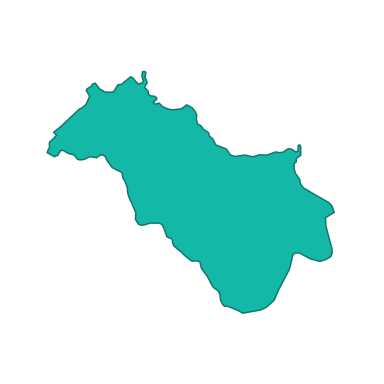 the district of Lattakia, Lattakia, Syria, rotated 102°
{"feature_id": "27442178B94813764709421", "entity_name": "Lattakia", "entity_type": "district", "adm_level": 2, "iso_a3": "SYR", "parent_name": "Syria", "parent_adm1": "Lattakia", "projection": "orthographic", "projection_center": [35.92, 35.7], "detail": "fine", "context": "isolated", "style": "filled", "palette": "teal", "viewbox_px": 384, "rotation_deg": 102, "n_neighbors": 0, "source": "geoboundaries", "source_scale": "gbopen_adm2", "svg_char_len": 4409}
<svg xmlns="http://www.w3.org/2000/svg" viewBox="0 0 384 384"><g transform="rotate(102 192 192)"><path d="M300.0,117.2L293.4,100.9L290.6,97.0L289.5,95.5L283.5,91.1L280.6,89.1L270.4,87.1L259.0,83.9L247.0,80.6L246.8,80.6L246.7,80.6L244.5,80.6L243.5,80.5L239.3,80.4L238.7,80.4L233.2,80.3L231.6,79.6L231.2,79.5L231.2,79.4L230.9,79.1L230.4,78.4L230.0,77.8L229.5,75.1L229.5,74.8L229.3,74.0L232.8,62.3L233.3,52.4L231.0,48.4L230.0,46.7L226.2,42.7L225.4,42.6L224.7,42.5L224.0,42.4L223.2,42.3L222.6,42.2L222.1,42.3L221.2,42.6L220.8,42.7L218.6,43.2L207.8,48.7L205.3,50.0L203.5,50.9L197.1,54.1L195.0,54.6L194.5,54.8L193.5,55.0L189.5,56.1L186.2,52.7L184.4,50.8L184.1,50.5L184.0,50.4L182.4,48.7L180.2,50.0L176.7,52.1L174.1,55.6L172.9,59.1L169.6,69.5L167.9,74.7L164.7,84.2L161.7,87.3L158.6,88.7L158.0,88.9L157.4,89.2L154.8,92.0L152.4,94.5L148.5,96.8L144.0,97.9L143.2,98.1L140.8,96.3L137.7,97.0L133.4,93.3L127.8,94.5L126.2,94.8L125.5,95.0L125.0,95.1L124.6,95.5L124.2,95.9L123.5,96.6L124.7,97.7L129.4,97.0L129.8,97.0L130.2,96.9L131.3,98.9L129.8,102.4L129.4,103.4L129.6,105.6L129.7,106.9L133.5,110.6L134.1,111.1L135.4,114.9L135.4,115.7L135.3,118.2L138.4,123.3L140.4,126.5L141.6,133.9L144.9,139.6L144.9,144.4L144.8,147.8L148.3,157.4L147.7,162.3L146.3,163.7L143.1,167.0L142.9,167.3L142.5,169.0L141.0,178.5L136.4,182.2L135.6,182.9L135.1,183.8L133.7,186.8L130.8,187.9L130.7,188.0L129.7,190.3L129.0,192.0L128.4,193.4L128.0,194.3L125.6,196.6L125.3,197.6L124.3,200.7L120.3,202.8L117.2,203.2L116.3,203.3L116.2,203.3L115.9,203.4L112.7,205.5L111.9,206.5L109.8,209.0L109.0,211.5L107.9,215.2L110.5,217.6L112.8,219.8L113.9,222.7L115.7,228.1L115.8,232.8L114.7,238.4L113.5,240.2L112.1,242.3L111.9,242.5L113.7,246.2L112.2,248.6L108.8,245.9L108.5,245.9L108.4,245.9L107.9,246.0L107.3,246.1L107.2,246.2L107.0,246.6L106.5,247.7L106.1,248.7L106.2,249.3L106.6,252.4L105.6,254.8L103.7,255.5L102.3,256.1L100.1,259.4L99.9,259.7L98.9,260.0L98.1,260.2L96.8,259.5L95.3,258.6L93.2,259.1L91.8,260.2L90.0,261.7L87.7,261.9L86.4,261.9L85.3,262.0L84.5,262.0L84.1,263.3L84.0,264.1L85.0,265.5L86.3,265.3L87.0,265.2L89.4,264.9L89.9,264.7L93.4,262.8L94.2,262.9L95.4,263.1L97.7,267.1L92.4,274.1L92.2,276.1L101.5,283.5L102.3,286.1L102.6,286.8L110.0,289.4L111.1,291.5L111.4,292.6L112.3,297.8L110.3,304.0L106.4,308.4L105.9,309.0L105.7,309.3L107.2,311.9L109.5,312.4L112.1,315.2L113.1,316.2L114.7,316.6L118.3,313.1L118.9,312.5L119.5,312.0L121.5,312.4L128.7,313.9L133.1,317.6L134.3,319.4L136.7,321.1L143.5,325.8L154.3,333.2L162.3,339.7L163.3,338.3L164.2,337.0L164.7,336.2L167.8,338.2L170.7,340.1L171.0,340.3L172.7,341.6L173.7,341.6L174.8,341.6L175.1,341.4L177.9,340.6L181.0,341.5L183.7,341.8L184.4,339.3L184.9,337.7L185.0,337.2L185.3,336.5L186.1,334.1L184.1,330.9L181.5,330.2L178.4,328.8L178.2,326.2L179.4,323.0L180.2,319.5L180.0,316.3L180.9,314.1L182.5,312.6L183.8,310.7L183.9,308.5L183.0,305.2L181.5,302.8L178.9,299.5L178.5,297.5L178.4,294.7L178.4,292.5L177.6,292.0L177.1,291.6L174.8,288.9L174.2,286.5L174.9,285.4L175.3,284.5L175.8,283.7L177.6,282.8L179.8,280.6L182.5,277.6L184.6,275.2L185.5,272.4L186.7,267.8L187.2,265.4L187.9,264.6L189.0,263.7L190.3,263.5L192.5,262.6L193.9,261.3L195.7,259.6L197.3,258.5L199.3,257.4L202.0,255.9L205.1,255.1L207.7,254.0L209.8,252.7L213.1,250.6L215.1,248.6L216.5,247.8L217.6,247.1L220.8,244.9L224.2,242.5L226.4,242.3L228.9,241.9L230.4,241.7L232.4,239.9L234.7,237.5L235.0,234.7L234.3,232.1L232.8,229.5L231.3,226.8L230.7,225.1L230.5,223.1L230.0,221.2L229.5,219.2L229.5,216.6L230.0,214.8L231.3,213.5L231.5,213.3L232.0,212.9L233.4,211.9L234.9,210.9L237.2,209.5L238.0,209.0L238.8,208.6L240.3,207.9L241.4,206.4L241.6,204.3L241.7,204.0L241.7,203.8L242.1,202.0L242.7,201.5L242.8,201.4L245.1,200.6L247.6,199.3L248.5,198.5L248.6,198.3L249.4,196.7L251.0,194.3L251.8,192.3L252.2,191.3L252.9,190.2L254.6,187.6L255.7,185.7L256.2,184.8L257.2,182.8L257.4,182.3L258.7,180.0L259.3,178.5L259.7,177.4L259.0,175.9L258.9,175.4L258.4,173.0L258.5,170.8L258.7,170.2L258.9,169.7L260.5,168.9L262.5,168.0L264.5,166.9L265.7,165.7L268.3,163.0L269.1,162.0L270.6,160.2L271.8,159.1L273.5,157.6L275.5,155.9L276.5,155.3L277.0,155.0L278.8,153.3L278.9,153.2L280.0,152.0L281.3,150.5L281.9,148.9L282.5,147.4L283.6,145.7L285.4,144.0L285.5,143.9L288.3,142.7L290.2,142.1L290.5,142.0L292.3,141.4L293.8,139.9L295.9,138.4L296.7,136.7L297.1,135.9L296.8,135.5L296.4,133.1L296.7,131.2L297.2,128.5L298.3,122.3L300.0,117.2Z" fill="#14b8a6" stroke="#0f766e" stroke-width="1.5"/></g></svg>